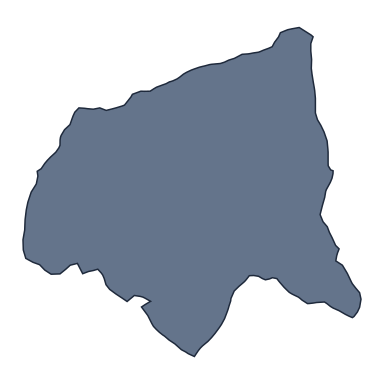 outline of Kitutu Chache North, Nyanza, Kenya
{"feature_id": "3690345B89017750364899", "entity_name": "Kitutu Chache North", "entity_type": "district", "adm_level": 2, "iso_a3": "KEN", "parent_name": "Kenya", "parent_adm1": "Nyanza", "projection": "robinson", "projection_center": [34.826, -0.564], "detail": "fine", "context": "isolated", "style": "filled", "palette": "slate", "viewbox_px": 384, "rotation_deg": 0, "n_neighbors": 0, "source": "geoboundaries", "source_scale": "gbopen_adm2", "svg_char_len": 2754}
<svg xmlns="http://www.w3.org/2000/svg" viewBox="0 0 384 384"><path d="M131.0,96.9L124.5,105.1L122.2,106.0L116.6,107.7L114.8,108.2L111.8,109.0L106.2,110.4L99.8,107.9L93.3,109.2L87.6,108.7L84.7,108.3L78.9,107.9L74.8,112.2L73.1,115.9L72.0,118.9L70.0,124.6L64.6,129.6L61.2,135.3L60.5,137.2L60.1,139.8L60.0,145.3L58.9,147.8L55.8,152.2L50.7,156.9L47.5,160.2L44.8,163.4L41.2,168.7L37.2,171.3L37.9,176.1L36.3,184.0L31.2,192.1L27.9,202.1L26.3,209.8L25.1,219.7L24.7,230.0L23.0,239.7L23.3,250.0L25.8,258.4L33.0,262.3L39.6,264.7L44.8,270.1L51.1,274.2L60.0,273.9L65.8,269.2L70.2,265.2L77.4,263.4L82.7,273.7L88.5,271.5L93.4,270.5L97.8,269.2L101.1,272.8L102.7,275.0L104.2,278.5L106.0,284.7L109.7,289.4L115.8,293.9L122.3,298.2L127.1,301.5L134.3,295.5L140.3,296.4L142.9,297.1L144.9,298.1L150.6,301.3L145.4,304.4L141.5,307.0L147.8,315.5L151.8,323.5L153.5,326.4L156.3,329.4L159.4,332.3L162.8,335.0L164.5,336.1L168.9,339.9L174.9,343.9L181.4,349.7L185.6,351.9L188.3,353.7L194.4,356.5L195.7,354.5L198.4,350.5L200.4,348.0L202.5,345.9L208.0,341.3L211.7,337.4L215.1,333.3L219.1,327.9L221.4,324.5L224.6,318.6L227.3,311.5L228.3,308.6L229.1,305.7L230.7,300.9L230.9,298.6L234.2,291.0L239.0,286.3L242.9,283.0L244.6,281.5L246.1,279.8L249.3,275.7L253.7,275.5L258.6,276.3L262.5,278.6L265.4,279.8L269.6,278.9L272.4,277.7L276.9,278.6L278.7,281.0L280.2,282.8L284.0,287.2L286.2,289.4L289.2,292.3L291.8,293.9L294.0,295.0L298.4,297.1L300.1,298.4L301.9,300.0L307.5,303.6L309.4,303.5L313.6,303.0L316.6,302.5L324.5,302.0L327.2,303.8L330.4,306.4L333.2,308.1L339.1,310.7L345.3,314.3L348.9,316.1L352.4,317.6L354.0,316.5L357.4,312.0L359.6,307.3L361.0,299.2L359.6,292.7L355.8,288.2L352.3,283.7L351.4,282.0L347.3,273.4L342.4,265.2L335.8,260.9L336.7,255.8L337.6,252.7L339.1,248.9L335.6,245.4L332.2,237.9L329.4,232.4L327.3,226.8L323.0,221.7L320.1,214.6L322.4,205.5L324.7,197.4L325.7,191.4L326.4,189.5L328.6,185.5L330.3,182.4L332.0,178.3L333.0,173.7L333.1,170.8L330.7,169.9L328.2,165.8L328.1,162.9L328.1,156.1L328.1,152.2L327.9,149.3L327.1,140.9L324.0,131.9L320.8,125.3L317.5,119.8L315.4,113.0L315.4,105.9L315.4,98.3L314.7,90.6L314.3,88.0L313.2,81.7L312.7,78.5L312.0,74.1L311.3,68.3L311.6,59.5L310.8,51.0L310.8,43.6L313.1,36.8L311.2,35.1L307.1,32.5L299.2,27.5L292.0,28.8L287.8,29.7L285.0,30.8L280.4,32.7L278.5,37.0L274.6,42.2L272.2,46.7L268.6,48.3L263.4,50.2L260.4,51.5L258.5,52.2L253.0,53.0L250.6,53.5L248.1,53.9L242.1,54.3L237.0,57.0L234.3,58.4L228.8,60.1L224.4,62.2L220.3,63.5L215.8,63.9L211.4,64.3L209.6,64.6L204.4,66.0L202.6,66.4L199.4,67.2L194.5,68.9L191.5,70.0L186.6,72.3L183.5,74.1L179.6,77.2L177.1,78.9L173.0,80.8L171.2,81.4L169.4,81.9L166.1,83.7L162.7,84.9L156.5,87.2L153.8,88.8L150.1,91.2L144.3,91.3L140.8,91.2L132.4,94.3L131.0,96.9Z" fill="#64748b" stroke="#1e293b" stroke-width="1.5"/></svg>